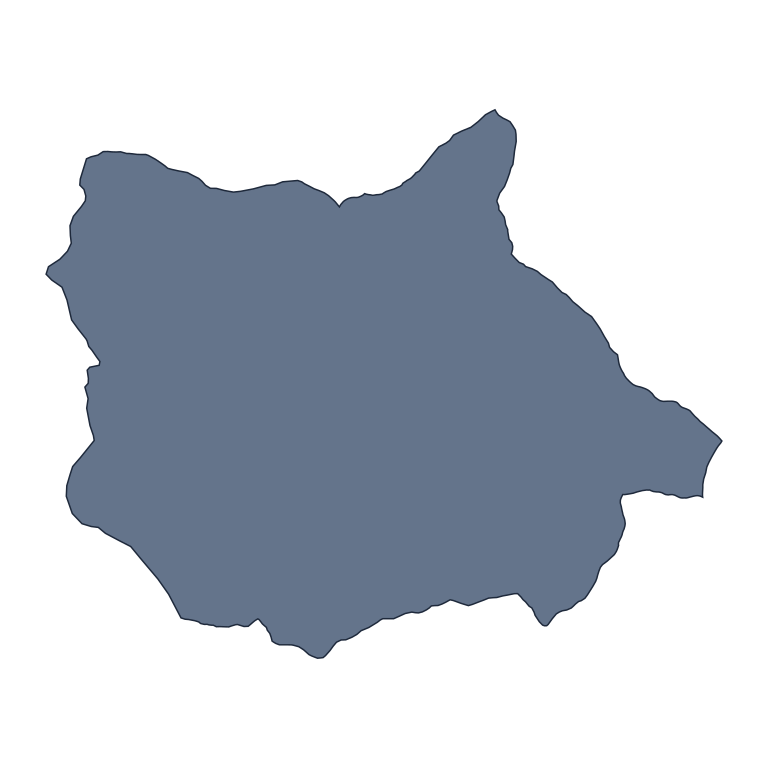 Metsho, Lhuntshi, Bhutan
{"feature_id": "84629894B9266041490873", "entity_name": "Metsho", "entity_type": "district", "adm_level": 2, "iso_a3": "BTN", "parent_name": "Bhutan", "parent_adm1": "Lhuntshi", "projection": "albers", "projection_center": [91.092, 27.547], "detail": "fine", "context": "isolated", "style": "filled", "palette": "slate", "viewbox_px": 768, "rotation_deg": 0, "n_neighbors": 0, "source": "geoboundaries", "source_scale": "gbopen_adm2", "svg_char_len": 5795}
<svg xmlns="http://www.w3.org/2000/svg" viewBox="0 0 768 768"><path d="M86.5,158.8L80.3,179.0L79.8,185.1L84.0,189.4L85.8,196.0L85.3,200.8L81.5,206.4L73.4,216.3L70.0,225.7L70.4,235.7L71.3,243.2L67.5,251.2L59.9,259.2L48.5,266.7L46.1,274.2L51.7,280.0L62.0,287.2L67.0,300.0L71.6,319.9L78.1,328.9L86.0,338.9L87.1,340.9L88.8,346.5L92.0,350.3L96.6,357.0L99.9,361.5L99.2,365.3L89.8,367.2L87.2,370.2L88.4,378.4L88.2,383.3L84.9,387.1L88.1,398.6L86.7,408.2L90.0,425.6L93.4,435.5L94.2,440.5L80.4,457.6L72.7,466.5L70.0,474.8L66.8,485.7L66.3,496.3L72.3,513.5L82.0,523.7L91.2,526.5L98.3,527.4L105.4,533.3L120.5,541.3L130.7,546.5L140.6,558.5L157.9,579.0L168.6,594.2L181.0,617.9L185.1,619.2L188.6,619.5L194.8,620.7L198.7,621.9L200.6,623.5L204.4,624.4L207.1,624.3L209.0,624.9L211.8,625.2L213.3,625.2L216.3,626.7L219.8,626.6L224.8,626.8L228.8,626.9L231.6,625.9L235.6,624.7L237.5,624.5L244.0,626.5L248.2,626.3L249.9,624.9L252.9,622.3L254.7,620.8L256.6,619.6L257.8,618.9L259.0,619.5L260.6,621.5L262.4,623.9L264.4,625.7L266.4,627.4L267.3,630.2L269.8,633.4L271.1,637.1L272.1,641.1L273.9,642.3L275.7,643.4L279.4,644.8L281.8,644.8L287.9,644.8L291.8,644.9L293.7,645.3L298.8,646.7L303.6,649.8L309.0,654.6L311.8,656.0L315.1,657.3L317.5,658.2L320.7,657.9L323.1,657.6L325.5,655.6L330.1,650.4L333.2,646.1L336.5,642.2L341.1,640.0L345.8,639.8L352.2,637.1L357.0,634.3L361.1,630.7L368.8,627.5L377.3,622.3L380.4,619.9L382.8,618.7L386.2,618.7L389.7,618.7L393.7,618.7L399.3,616.2L405.2,613.5L411.8,612.1L415.3,612.7L418.5,612.9L422.4,611.9L426.4,609.9L429.2,608.0L431.4,605.9L434.7,605.6L438.0,605.5L442.1,604.0L445.6,602.3L450.1,599.8L453.2,600.5L457.4,602.0L461.2,603.4L466.4,605.0L468.4,605.6L472.4,604.4L478.9,601.9L484.0,600.0L488.6,598.1L493.0,597.7L496.8,597.5L502.8,595.9L507.3,595.1L514.2,593.7L517.6,593.6L521.0,597.0L523.0,599.6L525.6,601.9L529.1,606.2L531.8,607.9L534.1,612.2L535.1,615.3L539.3,621.7L542.6,625.1L544.6,625.8L546.7,625.7L548.1,624.5L552.3,618.7L556.3,613.9L559.4,612.0L562.3,610.8L566.7,610.0L568.8,609.1L571.3,608.0L573.4,606.1L575.5,604.0L578.6,601.5L581.2,600.7L584.9,598.3L587.5,594.8L592.8,586.4L595.7,581.3L596.9,578.1L597.6,575.3L598.9,571.1L600.4,567.3L602.5,564.6L607.2,561.1L614.4,554.5L616.3,551.5L617.2,549.5L617.9,547.5L618.6,545.3L618.4,544.1L618.6,542.3L619.3,541.0L619.8,539.9L620.3,538.8L621.1,537.3L621.6,536.1L622.1,534.7L622.6,532.5L623.0,531.4L623.4,530.4L624.1,528.9L624.5,527.4L624.9,526.0L625.2,523.7L625.0,521.9L624.7,519.9L624.3,518.4L623.5,516.2L622.9,514.5L622.5,512.4L622.1,510.8L621.6,508.5L621.3,506.7L620.8,504.9L620.4,503.4L620.3,502.4L620.4,500.1L621.0,498.3L621.5,497.1L622.8,494.5L624.7,494.6L629.3,493.9L633.2,493.2L636.8,492.0L642.3,490.6L646.7,490.0L648.4,490.1L649.7,490.0L651.1,490.7L653.3,491.5L656.4,491.9L659.1,492.0L660.7,492.4L662.1,492.8L664.3,494.0L665.8,494.6L668.3,494.9L669.6,494.7L671.2,494.6L672.6,494.6L674.9,495.2L678.3,496.9L679.9,497.6L681.2,497.9L683.0,498.0L684.2,497.9L686.1,498.0L687.8,497.7L689.5,497.2L691.9,496.6L693.4,496.2L695.4,495.8L697.2,495.6L698.9,495.8L700.5,496.2L702.7,497.2L702.5,495.7L702.5,493.3L702.8,487.7L702.8,484.6L703.7,479.0L705.7,472.8L706.8,467.0L708.9,462.3L711.5,457.3L713.7,453.4L716.5,448.6L718.3,445.9L720.7,443.0L721.9,441.0L721.1,440.1L720.0,438.8L718.5,437.2L717.0,435.7L714.3,433.5L712.4,432.0L709.9,429.8L706.2,426.6L703.4,424.1L700.1,421.5L697.9,419.1L694.8,416.3L692.3,413.5L690.1,410.9L688.8,410.0L686.6,409.0L684.4,408.2L682.4,407.5L680.9,406.6L679.6,405.4L678.3,403.8L677.2,402.7L676.0,402.0L673.6,401.4L671.7,401.2L667.9,401.2L663.6,401.4L662.1,401.2L661.0,400.9L659.9,400.6L657.6,399.2L654.7,397.0L653.8,395.8L652.2,393.6L649.2,390.9L647.7,389.9L645.5,388.8L642.3,387.6L640.0,386.9L638.1,386.5L635.7,385.8L633.0,384.5L630.7,382.6L629.2,381.2L626.3,378.2L625.2,376.6L624.5,375.6L623.5,373.3L622.5,371.8L621.5,370.0L620.5,367.9L619.6,365.7L619.2,364.4L618.7,362.1L618.1,358.3L617.5,354.8L613.5,351.7L609.6,347.4L608.4,343.1L604.4,336.6L600.2,329.0L597.0,324.2L591.6,316.6L584.8,312.0L578.4,306.2L572.8,301.7L569.3,297.6L566.2,294.5L562.0,292.5L557.3,287.8L552.4,282.0L548.2,279.4L540.9,274.5L537.4,271.4L532.2,268.8L525.6,266.6L523.5,264.2L519.2,262.5L515.0,258.2L511.3,254.1L512.5,249.6L512.7,246.3L511.8,242.7L509.0,239.3L507.7,231.2L507.7,229.6L505.6,224.6L505.1,221.0L504.2,217.0L501.4,212.9L498.9,209.8L498.7,206.0L497.0,201.7L497.0,200.3L499.7,193.1L504.5,186.5L507.1,180.1L509.6,173.0L510.8,168.3L512.9,164.5L514.0,155.9L514.5,151.2L516.2,141.5L516.0,134.3L515.4,130.1L512.8,125.8L510.0,121.7L506.9,120.0L502.9,118.1L498.5,115.2L496.4,112.3L495.0,109.8L491.6,111.4L485.5,114.7L478.2,121.6L470.9,127.3L461.4,131.2L453.5,135.1L449.6,140.5L445.9,143.2L438.9,146.8L432.2,155.0L425.4,163.5L419.3,171.0L415.5,173.1L414.9,174.2L413.5,175.6L411.7,177.5L410.2,178.7L406.9,180.5L405.6,181.5L403.8,182.6L402.8,183.3L401.9,185.0L400.0,186.4L397.3,187.5L395.2,188.5L394.1,189.0L391.1,189.9L389.5,190.4L386.2,191.5L384.8,192.3L383.6,193.0L382.2,194.0L378.9,194.6L376.7,194.7L373.8,195.2L372.5,195.3L370.8,194.9L368.3,194.6L365.9,194.1L364.7,193.6L362.7,195.3L360.7,196.3L358.2,197.3L356.4,197.5L353.9,197.4L351.3,197.6L348.8,198.3L347.4,198.9L346.2,199.6L344.7,200.5L343.4,201.5L342.2,202.9L340.8,204.5L339.4,206.9L335.3,201.9L333.6,200.2L328.6,195.7L324.3,192.8L319.1,190.6L314.2,188.8L309.5,186.3L304.5,183.8L301.8,181.9L297.7,180.5L282.7,181.8L274.8,184.9L266.2,185.4L253.3,188.9L240.6,191.3L233.5,192.1L224.4,190.5L216.5,188.4L210.4,188.3L205.5,185.3L202.0,181.3L198.7,178.4L192.7,175.4L187.5,172.6L178.5,170.9L171.7,169.4L167.7,168.3L165.1,166.0L161.5,163.4L155.3,159.2L148.3,155.4L145.8,154.5L141.4,154.5L137.1,154.4L132.3,153.8L129.2,153.5L126.7,153.5L120.6,151.8L116.1,152.0L112.1,151.9L107.9,151.5L103.2,151.6L97.9,155.1L91.0,156.8L86.5,158.8Z" fill="#64748b" stroke="#1e293b" stroke-width="1.5"/></svg>